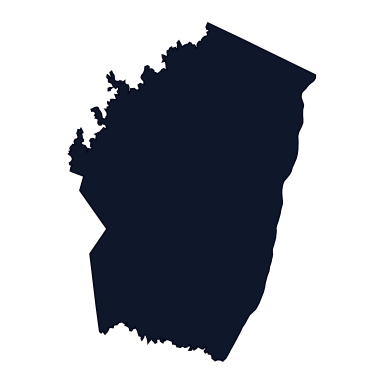 the district of Carinhanha, Bahia, Brazil
{"feature_id": "56859067B75119514935920", "entity_name": "Carinhanha", "entity_type": "district", "adm_level": 2, "iso_a3": "BRA", "parent_name": "Brazil", "parent_adm1": "Bahia", "projection": "robinson", "projection_center": [-43.904, -14.024], "detail": "fine", "context": "isolated", "style": "filled", "palette": "ink", "viewbox_px": 384, "rotation_deg": 0, "n_neighbors": 0, "source": "geoboundaries", "source_scale": "gbopen_adm2", "svg_char_len": 5449}
<svg xmlns="http://www.w3.org/2000/svg" viewBox="0 0 384 384"><path d="M315.4,75.0L259.1,47.6L257.1,46.6L242.8,39.6L207.8,23.0L206.9,25.2L206.2,26.9L206.8,29.1L208.8,29.3L209.2,30.9L207.0,32.5L207.8,34.6L207.2,36.2L204.8,36.5L203.0,37.9L201.7,39.8L201.2,42.0L199.7,41.4L198.2,42.5L197.2,44.8L197.3,47.2L195.9,48.6L195.2,46.1L194.1,44.9L192.4,45.6L191.1,43.3L189.5,42.5L188.1,44.4L186.5,44.5L184.7,45.2L183.3,46.2L182.0,47.2L181.2,45.3L180.2,43.2L178.9,40.9L177.2,42.8L177.9,44.9L177.5,46.4L177.7,48.0L176.6,49.9L175.4,47.6L173.9,48.0L172.5,49.4L171.6,47.2L169.8,48.2L169.0,50.5L167.3,50.9L167.2,53.0L167.9,54.8L167.2,56.3L165.9,56.7L164.6,55.7L162.3,55.0L162.6,57.6L163.5,59.7L162.6,61.7L165.3,60.8L165.9,63.0L166.2,65.1L166.3,67.3L167.4,68.9L165.9,69.7L163.7,68.8L162.0,69.7L160.9,71.3L159.4,72.5L157.6,73.9L155.6,72.8L153.9,72.4L153.7,70.5L151.9,69.1L149.8,69.1L148.3,68.7L149.1,67.0L147.7,65.8L145.1,66.7L144.9,69.0L144.6,70.9L143.7,72.8L142.9,74.3L141.7,75.5L141.2,77.5L142.2,79.3L143.9,81.0L144.4,83.7L142.5,84.5L140.4,83.6L138.3,84.9L138.6,86.6L139.4,87.8L139.1,89.5L137.8,90.3L136.0,90.1L134.3,88.6L132.1,88.8L130.7,88.9L130.3,91.1L128.5,92.9L128.4,90.2L128.9,88.1L128.2,85.2L126.3,84.8L124.6,83.3L124.7,80.9L122.8,82.5L121.4,81.2L119.9,80.9L117.9,81.7L115.4,81.2L114.2,79.5L114.2,77.5L113.8,75.0L112.5,73.5L111.6,71.3L110.1,72.5L110.7,74.4L111.5,76.5L110.4,78.1L108.9,76.1L107.4,75.0L106.9,77.1L108.6,79.2L108.6,81.8L110.4,82.5L112.0,83.3L112.7,84.8L113.5,86.7L115.7,88.3L117.0,86.8L118.5,87.4L118.9,89.4L117.4,91.5L118.3,93.3L119.0,95.0L117.2,94.9L115.1,94.6L115.8,96.5L116.5,98.3L115.8,100.0L113.1,99.5L110.9,99.5L110.8,101.8L109.2,102.5L107.8,101.9L107.8,103.6L109.3,105.0L109.2,106.8L107.3,107.2L107.3,109.5L105.1,109.3L106.9,111.9L107.4,114.1L107.2,115.6L106.0,117.2L105.8,119.1L103.7,118.9L102.3,118.7L101.9,116.7L101.3,113.5L100.2,111.5L99.0,110.3L98.2,107.9L96.9,107.2L94.8,107.7L93.0,108.7L91.2,109.4L91.7,111.1L93.3,111.0L94.9,111.8L95.9,114.0L94.7,115.3L95.9,116.3L95.3,117.9L98.1,118.7L98.4,120.9L97.9,123.0L99.0,124.7L100.9,125.1L102.2,123.1L103.8,124.0L105.7,124.6L106.2,126.2L106.7,128.5L105.3,128.9L103.5,127.9L102.5,129.4L101.2,130.5L100.4,131.8L98.7,132.6L97.3,133.2L95.1,134.2L96.6,135.3L96.2,137.7L95.6,140.1L94.3,139.2L92.8,138.5L90.8,139.1L89.8,140.9L91.2,142.3L90.9,144.1L90.7,146.2L92.2,147.7L91.5,149.1L89.6,149.1L87.9,148.6L87.1,151.1L86.5,148.1L85.1,145.8L83.2,145.2L81.9,144.6L80.8,143.0L81.7,141.8L83.2,141.2L83.3,139.6L82.2,138.2L82.0,135.9L81.2,133.6L82.8,132.6L81.8,130.2L81.0,128.5L80.1,130.1L78.0,129.7L77.8,131.4L77.0,133.2L77.7,134.8L78.3,137.1L77.3,139.0L75.2,139.5L74.2,141.6L74.9,143.5L74.4,145.0L72.7,144.5L71.8,145.8L70.6,146.9L70.0,148.7L71.3,150.5L69.3,151.4L69.8,153.1L68.6,154.0L69.9,154.9L71.5,156.3L72.7,159.0L71.8,161.0L70.7,162.2L69.5,162.9L69.9,164.6L72.0,165.3L70.9,167.8L70.7,169.3L70.3,170.8L71.5,171.5L74.7,172.7L76.3,173.3L84.0,176.2L83.4,178.0L79.9,190.5L99.7,218.6L101.2,220.8L107.0,228.9L90.0,253.8L92.0,270.2L94.8,293.9L96.5,307.9L99.7,331.6L101.1,332.8L102.5,330.9L105.0,334.1L107.2,331.5L108.2,329.9L108.6,328.0L110.8,327.2L113.1,327.6L113.4,325.3L114.9,324.7L117.0,324.6L118.7,322.6L120.7,322.0L122.3,321.8L124.5,323.5L127.2,323.4L125.3,325.2L127.6,326.3L129.1,327.3L129.7,328.7L129.9,330.5L131.5,330.8L133.0,328.4L134.6,328.4L135.3,326.8L137.5,330.5L139.1,335.7L140.5,336.1L142.0,336.5L141.2,338.5L141.9,340.0L143.5,337.4L144.2,334.8L146.1,334.9L147.8,340.2L148.0,342.9L149.0,341.5L150.2,340.2L151.8,338.1L152.6,340.4L154.2,341.7L155.1,343.1L156.6,342.3L156.4,338.6L157.9,339.1L160.2,338.6L160.6,341.2L162.9,342.7L163.6,341.3L163.1,339.2L164.9,340.7L166.4,339.3L168.8,339.8L171.3,340.9L172.4,339.5L172.7,343.9L174.6,344.1L176.6,344.9L177.0,346.7L178.4,346.8L180.2,347.3L182.6,346.0L184.8,347.2L186.3,347.1L188.2,346.0L189.8,344.7L190.6,347.7L189.0,350.1L191.0,350.2L193.2,347.8L194.0,349.8L196.1,348.5L197.9,346.4L199.7,347.5L201.6,348.7L203.0,348.9L205.4,346.7L206.3,348.3L204.4,351.2L205.3,352.8L207.7,351.6L208.5,353.9L210.6,353.9L211.9,355.6L212.1,358.2L215.2,360.7L217.2,359.7L219.5,359.7L221.0,360.1L222.8,361.0L225.8,358.0L227.5,355.0L229.1,352.2L230.3,349.8L231.1,348.3L233.0,345.0L234.6,342.0L235.4,340.6L236.5,338.6L237.9,335.7L240.4,331.2L242.2,326.9L243.6,325.1L244.5,323.8L247.5,318.2L249.4,314.9L251.8,312.6L255.4,309.2L256.3,307.8L259.0,302.7L261.7,295.9L262.5,293.8L263.3,291.8L264.4,287.3L265.1,282.7L267.0,275.7L267.6,274.1L268.8,270.9L269.2,268.3L269.4,266.4L270.0,264.7L270.9,262.0L271.3,259.5L272.0,257.0L272.4,254.1L272.2,252.5L272.2,249.7L272.6,247.5L273.4,245.3L274.7,240.6L275.4,237.7L275.7,234.9L275.9,233.0L276.1,230.8L275.8,228.0L276.6,224.7L277.8,221.5L278.7,218.3L279.9,214.1L280.5,210.2L282.2,203.9L282.3,201.3L282.0,198.5L281.6,194.0L281.6,190.7L281.9,188.3L282.2,186.2L282.6,184.3L283.2,182.5L284.1,180.7L285.6,179.0L287.8,176.3L289.6,174.0L291.0,171.5L292.1,167.3L293.9,163.5L295.7,159.2L296.3,157.7L297.2,153.4L297.7,149.1L297.8,145.2L297.9,141.8L297.8,139.7L297.6,136.1L298.1,133.8L298.7,131.6L300.0,129.0L300.9,127.2L301.9,125.0L302.6,122.9L302.7,120.4L302.6,118.1L302.4,115.5L302.4,112.9L302.5,109.6L303.1,107.2L303.4,105.3L303.0,103.4L302.4,101.7L301.6,99.4L301.0,97.7L301.0,95.7L301.5,93.3L302.3,91.7L304.0,90.1L305.6,88.5L306.9,86.7L308.7,84.6L311.2,82.5L313.1,81.2L314.2,79.9L315.2,78.2L315.4,75.0ZM111.9,87.8L109.8,87.7L108.3,88.4L108.3,90.6L110.0,90.5L110.5,89.0L111.9,87.8Z" fill="#0f172a" stroke="#020617" stroke-width="1.5"/></svg>